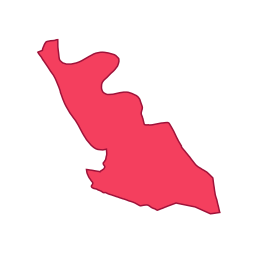 outline of Huyen Hong Ngu, Ðong Tháp, Vietnam, rotated 169°
{"feature_id": "81297802B50587214410487", "entity_name": "Huyen Hong Ngu", "entity_type": "district", "adm_level": 2, "iso_a3": "VNM", "parent_name": "Vietnam", "parent_adm1": "Ðong Tháp", "projection": "natural_earth1", "projection_center": [105.298, 10.803], "detail": "fine", "context": "isolated", "style": "filled", "palette": "rose", "viewbox_px": 256, "rotation_deg": 169, "n_neighbors": 0, "source": "geoboundaries", "source_scale": "gbopen_adm2", "svg_char_len": 4563}
<svg xmlns="http://www.w3.org/2000/svg" viewBox="0 0 256 256"><g transform="rotate(169 128 128)"><path d="M173.5,75.4L173.4,75.4L172.0,74.7L170.5,74.1L169.3,73.0L167.8,72.1L166.4,71.1L165.2,69.9L164.6,69.3L163.8,69.1L162.3,68.9L161.0,67.9L159.9,67.1L158.9,66.5L157.1,65.6L155.4,64.6L154.3,64.0L152.7,63.0L151.1,62.2L149.7,61.3L147.5,60.1L146.7,59.6L145.2,58.9L143.5,57.9L143.3,57.8L142.1,57.0L141.0,56.3L139.0,55.3L137.3,54.3L135.5,53.1L134.2,52.0L132.9,50.9L132.4,50.5L131.7,49.9L131.0,49.4L130.4,49.2L129.8,49.2L128.8,49.2L128.1,49.2L127.1,49.2L125.1,49.0L124.3,48.9L123.7,48.7L123.1,48.4L122.3,47.8L121.6,47.1L120.9,46.3L120.4,45.8L119.4,44.9L118.3,44.2L117.4,43.7L116.5,43.1L115.8,42.3L115.0,41.8L114.7,41.7L113.8,41.9L112.6,42.1L111.2,42.4L110.5,42.5L109.6,42.6L108.6,42.8L107.4,43.1L106.9,43.2L105.0,43.5L104.8,43.6L95.1,45.2L94.5,44.9L77.1,37.7L63.5,28.1L61.2,27.9L54.0,27.6L54.1,28.7L54.2,31.3L54.2,32.2L54.3,34.7L54.4,35.7L54.5,38.0L54.5,39.3L54.6,41.1L54.8,42.4L55.0,44.4L55.1,46.1L55.0,48.5L55.0,49.7L54.8,52.8L54.7,55.8L54.5,59.0L54.3,62.1L54.3,62.9L56.2,65.7L57.8,68.0L58.5,68.9L59.0,69.6L61.6,72.0L63.5,73.6L64.5,74.7L65.1,75.1L66.8,76.7L68.4,78.7L69.3,80.3L70.4,82.5L71.9,85.4L72.2,86.1L73.2,88.2L73.6,88.8L74.8,91.1L75.6,92.5L77.0,95.2L77.4,95.8L79.1,99.0L79.0,100.1L81.1,106.0L81.2,106.5L82.2,109.9L83.8,116.2L84.9,119.6L86.2,123.3L86.7,124.6L87.1,125.2L88.0,125.8L90.0,126.1L92.7,126.3L94.4,126.5L95.9,126.5L99.6,126.5L103.9,126.5L106.2,126.8L107.4,127.2L107.5,127.3L107.8,127.3L108.4,127.3L108.8,127.5L109.7,127.5L110.1,127.7L110.7,128.0L110.8,128.0L111.2,128.4L111.4,129.1L111.5,131.0L111.6,133.2L111.6,134.2L111.8,135.2L111.8,136.1L112.3,138.6L112.3,139.5L112.0,140.8L111.2,142.5L110.4,144.0L110.0,145.3L110.0,146.7L110.6,150.7L111.0,153.9L112.0,156.2L112.8,157.3L113.7,158.3L115.1,159.3L115.9,159.9L117.1,160.8L117.7,161.2L118.6,161.7L120.7,162.9L122.2,163.4L125.3,164.0L128.9,164.2L132.6,164.1L136.2,164.0L139.4,164.4L142.1,164.9L143.5,165.8L145.0,167.1L145.8,168.2L146.2,169.6L146.4,171.1L146.4,172.3L146.0,174.2L145.5,176.0L144.6,177.6L142.8,179.4L142.6,179.5L141.2,180.4L139.0,181.7L134.6,184.8L131.4,186.7L129.5,188.1L126.5,190.8L125.1,193.1L124.2,195.1L123.9,197.0L123.9,198.0L124.7,199.3L126.2,201.5L127.5,202.6L129.4,203.6L133.0,205.4L136.5,206.7L138.7,207.3L140.8,207.6L142.2,207.6L143.8,207.6L145.1,207.6L147.6,207.2L149.7,206.5L153.0,205.5L153.2,205.4L157.6,203.9L160.5,202.9L163.2,202.2L166.4,201.7L171.5,201.6L174.6,202.2L176.3,202.5L179.7,204.4L180.8,205.8L181.7,207.0L182.2,208.4L182.2,210.6L181.8,215.4L181.6,218.5L181.4,220.8L181.1,222.6L180.6,225.2L180.1,228.1L180.8,228.2L181.8,228.2L183.1,228.0L184.9,228.1L187.2,228.4L190.9,228.4L191.4,228.3L191.8,228.2L192.3,227.9L192.9,227.3L193.6,226.6L194.6,225.3L195.0,224.5L195.5,223.9L196.2,222.8L196.7,222.0L196.8,221.6L196.9,221.4L197.1,220.7L197.3,220.5L197.9,220.5L198.7,220.3L199.1,220.1L199.6,220.1L200.1,220.0L201.1,219.8L201.5,219.8L202.0,219.6L201.5,218.1L200.5,216.0L199.6,214.3L198.5,211.1L198.4,211.1L198.2,210.6L195.1,203.4L193.2,198.6L191.1,194.1L190.0,190.6L189.2,187.0L188.0,181.0L187.5,177.4L187.5,175.6L187.2,173.9L186.8,171.3L186.6,169.8L186.5,169.1L185.5,164.2L184.7,161.3L182.9,156.1L182.1,153.8L181.0,151.5L180.4,150.2L179.7,148.6L178.1,145.4L176.3,140.5L173.6,131.6L172.4,128.2L172.2,127.8L171.0,124.6L170.6,123.8L168.6,120.2L167.5,118.2L166.2,116.5L165.0,115.1L163.3,113.6L162.2,113.0L161.7,112.7L159.4,112.0L156.9,111.3L155.4,111.3L154.4,111.3L153.4,111.3L153.2,111.3L153.8,106.7L154.1,105.6L154.6,104.5L155.0,103.7L155.4,102.6L155.7,101.9L156.1,101.1L156.4,100.8L156.9,100.4L157.1,100.1L157.2,99.9L157.4,99.7L157.5,99.6L157.7,99.4L158.2,99.1L158.4,99.0L158.7,98.7L158.9,98.5L159.0,98.3L159.1,98.0L159.1,97.8L159.1,97.5L159.1,97.3L159.1,97.1L159.0,96.8L158.9,96.4L158.8,96.2L158.5,95.8L158.4,95.5L158.3,95.0L158.2,94.8L158.2,94.5L158.2,94.2L158.3,94.0L158.4,93.9L158.6,93.6L158.8,93.3L159.0,93.1L159.2,92.8L159.4,92.6L159.6,92.5L160.0,92.2L160.3,92.1L160.7,92.0L161.1,91.7L161.5,91.6L161.9,91.4L162.6,91.2L162.9,91.0L163.2,90.9L163.5,90.8L163.7,90.6L163.8,90.4L164.1,90.5L165.3,91.1L166.1,91.3L166.5,91.5L168.2,92.1L170.0,92.8L170.4,93.0L172.4,93.7L172.5,93.7L174.7,94.5L175.2,94.7L175.7,94.9L176.1,95.0L176.3,95.1L176.7,95.2L176.8,92.9L176.8,92.0L176.8,91.7L176.7,91.1L176.6,90.5L176.3,89.3L176.2,88.7L175.9,87.6L175.6,86.6L175.1,85.6L174.1,83.2L173.2,81.6L173.1,81.2L173.1,80.5L173.4,79.8L174.1,79.0L174.8,78.4L175.0,78.0L175.1,77.7L175.0,77.1L174.9,76.8L174.3,76.1L173.6,75.6L173.5,75.4Z" fill="#f43f5e" stroke="#9f1239" stroke-width="1.5"/></g></svg>